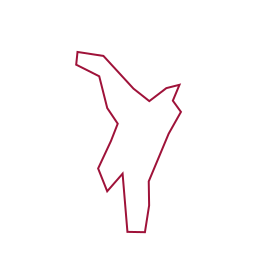 outline of Malabon, rotated 230°
{"feature_id": "PHL-5546", "entity_name": "Malabon", "entity_type": "Highly Urbanized City", "adm_level": 1, "iso_a3": "PHL", "parent_name": "Philippines", "parent_adm1": "", "projection": "mercator", "projection_center": [120.966, 14.665], "detail": "fine", "context": "isolated", "style": "outline", "palette": "rose", "viewbox_px": 256, "rotation_deg": 230, "n_neighbors": 0, "source": "natural_earth", "source_scale": "10m", "svg_char_len": 415}
<svg xmlns="http://www.w3.org/2000/svg" viewBox="0 0 256 256"><g transform="rotate(230 128 128)"><path d="M48.8,60.8L96.5,94.5L92.9,71.4L116.2,79.1L129.0,106.6L137.9,122.9L156.6,124.9L186.1,139.2L209.8,129.0L218.7,138.2L199.0,155.5L154.6,157.5L134.9,161.6L133.9,183.0L128.0,195.2L120.1,179.9L106.3,178.9L97.5,155.5L73.8,109.6L55.1,94.4L37.3,74.0L48.8,60.8Z" fill="none" stroke="#9f1239" stroke-width="2"/></g></svg>